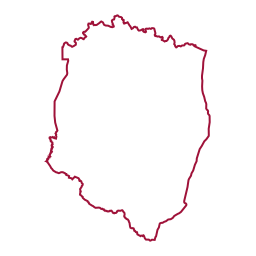 the district of Si Chomphu, Khon Kaen, Thailand
{"feature_id": "78962969B87234528247492", "entity_name": "Si Chomphu", "entity_type": "district", "adm_level": 2, "iso_a3": "THA", "parent_name": "Thailand", "parent_adm1": "Khon Kaen", "projection": "robinson", "projection_center": [102.106, 16.757], "detail": "fine", "context": "isolated", "style": "outline", "palette": "rose", "viewbox_px": 256, "rotation_deg": 0, "n_neighbors": 0, "source": "geoboundaries", "source_scale": "gbopen_adm2", "svg_char_len": 5652}
<svg xmlns="http://www.w3.org/2000/svg" viewBox="0 0 256 256"><path d="M154.7,239.9L155.4,237.1L156.0,236.5L156.2,235.7L157.5,229.8L158.9,227.4L159.7,223.8L160.2,223.2L161.6,222.8L162.6,222.8L164.2,221.8L166.0,221.2L168.2,219.5L170.7,219.2L171.9,218.5L173.1,217.6L173.9,216.3L175.0,215.5L177.7,213.9L179.1,213.3L181.0,211.9L186.2,205.4L186.4,204.8L186.3,204.1L185.9,203.5L185.1,203.2L184.4,202.6L184.2,202.1L184.2,201.0L187.5,187.1L188.5,180.1L189.0,178.9L191.0,175.7L191.5,173.4L193.2,170.5L194.9,164.8L196.6,161.2L196.8,158.4L199.7,149.1L201.8,145.9L204.3,141.3L206.4,139.2L208.7,136.0L208.8,135.2L208.7,128.8L209.7,122.2L209.6,116.0L209.3,115.2L208.2,114.0L207.9,112.9L208.1,111.6L207.9,110.7L207.8,110.4L206.8,109.6L206.2,108.5L206.3,104.2L206.0,102.9L205.2,101.2L204.2,96.9L202.9,93.3L202.3,90.3L202.2,88.5L202.1,86.4L202.4,80.7L202.0,78.2L202.0,75.8L203.0,68.2L203.3,62.1L203.8,58.9L205.2,55.1L206.2,50.8L203.6,50.4L195.3,46.6L195.6,45.4L195.1,45.1L194.1,45.8L193.7,45.4L193.7,45.1L193.2,44.9L192.7,44.3L190.9,44.2L190.4,44.7L189.4,44.5L188.7,44.2L188.1,43.5L187.6,43.2L185.7,43.6L185.1,43.9L184.4,45.2L184.1,45.4L182.0,45.5L180.8,46.4L179.5,45.9L178.2,46.0L177.5,46.3L176.6,47.3L176.2,47.4L175.3,46.4L174.8,44.8L174.2,44.1L174.6,42.6L174.4,40.8L173.9,39.7L172.3,38.5L171.3,36.4L170.6,35.7L170.2,35.7L169.7,36.0L169.2,37.2L168.3,38.1L168.0,39.3L167.6,39.9L166.5,41.0L165.6,41.0L164.7,41.5L162.9,40.3L161.8,40.0L161.8,39.5L162.5,38.8L162.7,38.0L162.7,37.5L162.2,36.9L160.5,37.4L159.3,36.5L158.7,36.4L157.8,36.6L156.4,36.2L155.8,35.7L155.3,36.0L155.0,35.8L154.7,34.9L155.3,33.7L155.4,33.2L154.3,28.8L153.8,28.3L152.0,28.1L150.9,28.9L149.3,28.4L148.0,28.9L147.0,28.6L145.8,28.8L145.3,29.3L146.0,31.8L145.4,32.3L144.1,32.0L143.2,31.3L143.1,31.0L143.3,30.1L143.1,29.2L142.6,29.2L140.7,30.3L138.9,30.6L138.1,29.9L136.9,27.4L135.9,27.4L135.0,26.7L133.8,27.1L132.8,28.3L131.6,28.9L130.3,26.3L129.7,25.7L127.6,22.3L126.0,23.0L125.1,23.0L124.7,23.5L124.0,23.5L123.5,22.5L123.7,21.5L123.7,20.0L123.4,19.8L122.8,20.0L122.3,19.1L122.0,19.0L122.0,17.8L121.1,17.1L119.0,16.7L117.7,15.4L116.9,15.5L116.1,16.0L114.6,16.3L114.4,16.6L114.6,17.4L114.1,19.4L112.6,19.8L111.9,20.5L111.9,21.1L112.3,22.7L112.8,23.7L112.6,24.8L113.3,25.1L113.8,26.3L113.7,26.7L112.3,27.2L110.7,26.9L108.2,25.7L105.6,25.5L104.5,25.0L104.0,24.7L103.0,22.5L101.4,21.5L100.8,21.7L99.4,23.0L96.7,24.9L95.7,25.1L94.7,24.9L93.9,25.2L93.2,24.4L93.0,21.9L92.2,21.7L91.7,22.3L91.5,22.7L91.5,23.2L91.0,23.9L90.7,24.0L89.2,23.5L88.5,23.6L88.1,24.9L88.8,27.2L88.6,28.2L85.4,31.6L84.9,31.9L84.3,31.7L83.5,32.0L83.0,32.7L83.0,33.1L84.1,34.6L84.5,34.5L86.2,36.5L85.6,37.2L84.7,37.6L83.7,39.2L83.4,39.2L81.8,38.1L80.6,37.8L79.4,38.3L77.9,39.7L76.2,38.8L75.4,39.1L74.5,41.2L74.7,41.8L75.6,42.5L75.9,43.0L75.8,44.7L73.8,46.0L72.1,46.8L71.8,46.7L70.6,45.6L69.5,45.4L67.9,44.4L67.7,44.0L67.6,43.4L66.7,42.6L65.6,42.5L64.3,43.4L63.9,44.1L64.0,44.4L62.9,47.2L62.4,47.3L62.5,59.3L68.0,59.3L68.2,60.9L66.9,65.5L66.8,69.6L67.3,73.1L67.0,74.7L63.6,79.3L62.5,81.1L59.4,91.5L54.6,101.4L54.5,115.9L55.2,122.6L57.4,130.6L56.7,131.6L56.2,131.9L56.1,132.6L55.5,133.4L56.2,134.6L55.9,135.2L56.4,136.5L56.0,138.6L54.5,138.2L54.1,137.3L53.3,137.7L52.7,137.0L52.2,137.3L51.4,137.5L50.3,137.1L49.9,137.3L50.0,137.7L49.6,137.8L49.6,138.3L50.7,139.9L50.6,140.5L51.2,141.0L51.0,141.4L51.3,141.5L51.5,141.9L52.4,142.5L52.3,143.2L52.6,144.0L52.3,144.2L52.5,144.5L52.2,145.0L51.7,145.1L51.6,145.4L52.0,146.4L52.7,146.8L52.8,147.0L52.6,147.2L51.9,147.4L52.0,147.7L51.7,148.3L52.0,148.6L51.7,149.0L51.7,149.3L51.3,149.4L51.4,150.2L51.1,150.3L51.0,150.7L51.9,151.6L51.7,151.9L51.2,152.0L51.4,152.4L51.1,152.6L51.0,152.9L50.5,153.0L50.2,153.3L50.2,154.2L49.7,154.7L49.9,155.0L49.7,155.7L50.1,156.3L49.5,156.4L49.9,156.7L49.3,157.1L49.4,157.5L48.7,157.7L48.4,157.6L48.2,158.2L48.2,158.9L47.6,158.9L47.5,159.4L47.1,159.4L47.1,159.7L47.6,159.5L47.5,160.0L47.1,159.9L46.9,160.7L46.3,161.2L46.7,161.3L47.2,160.9L47.1,161.3L47.4,161.5L47.3,162.2L48.0,162.9L50.3,166.3L51.2,168.1L51.9,168.7L53.3,170.6L56.3,172.4L56.9,172.4L58.5,173.1L59.1,173.1L61.1,172.2L62.9,172.2L63.4,172.6L64.2,172.8L65.1,173.3L65.5,173.9L66.3,174.0L66.3,175.0L68.0,175.5L69.1,176.1L68.9,177.7L71.6,178.3L72.3,179.3L74.9,176.7L75.5,177.1L76.1,177.2L78.5,178.2L79.5,179.7L79.2,179.8L79.4,180.8L79.6,181.0L80.4,180.9L81.2,181.2L81.8,183.1L82.7,183.9L82.7,184.7L82.4,185.4L81.8,185.9L81.7,186.7L80.1,189.1L80.4,190.8L80.7,191.2L80.5,191.4L80.5,192.0L80.3,192.1L80.4,192.4L80.1,193.5L80.0,194.7L81.4,195.6L81.7,196.1L82.7,196.9L82.6,197.5L82.9,198.0L84.8,199.7L87.6,201.1L87.7,201.7L88.8,202.5L88.8,203.2L89.2,203.8L92.2,205.7L93.1,206.1L94.3,207.1L95.5,207.8L98.8,207.6L99.9,207.8L101.2,208.9L101.5,208.8L102.0,209.0L102.5,208.8L102.9,209.3L103.9,209.4L104.1,210.2L104.7,210.7L105.2,210.5L105.8,210.6L106.2,211.1L107.0,211.0L107.4,211.4L108.2,211.5L109.2,211.3L109.4,210.9L109.7,210.8L110.2,211.0L110.7,210.7L111.5,210.7L112.4,211.8L112.8,212.7L114.1,213.3L114.5,212.9L115.6,213.0L116.2,212.8L116.8,212.2L116.9,211.4L117.5,211.2L118.1,210.6L120.3,210.8L122.1,210.2L122.5,210.4L123.4,211.8L124.3,212.7L124.5,213.3L124.6,214.8L124.2,216.0L124.3,216.7L125.3,217.6L125.2,217.8L125.4,218.1L126.9,219.2L127.6,219.3L128.7,220.7L128.8,221.6L129.5,222.8L130.0,226.3L130.4,227.7L131.4,228.2L132.5,228.3L132.8,228.1L133.7,228.5L134.2,230.4L134.5,230.4L134.8,230.7L134.7,231.0L135.4,231.3L135.8,232.1L136.9,232.2L136.9,232.7L137.2,232.9L137.4,234.4L140.5,236.1L140.8,235.7L142.0,235.6L142.6,236.1L143.3,235.7L143.2,235.4L143.5,235.3L144.0,236.0L144.9,238.4L146.0,239.6L148.8,239.6L150.0,240.6L150.6,240.6L152.0,239.7L154.7,239.9Z" fill="none" stroke="#9f1239" stroke-width="2"/></svg>